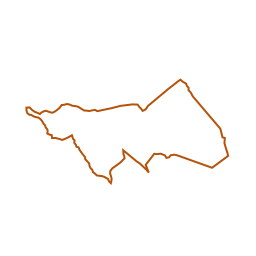 outline of Pilar, Alagoas, Brazil, rotated 11°
{"feature_id": "56859067B89686736514526", "entity_name": "Pilar", "entity_type": "district", "adm_level": 2, "iso_a3": "BRA", "parent_name": "Brazil", "parent_adm1": "Alagoas", "projection": "orthographic", "projection_center": [-36.057, -9.614], "detail": "fine", "context": "isolated", "style": "outline", "palette": "amber", "viewbox_px": 256, "rotation_deg": 11, "n_neighbors": 0, "source": "geoboundaries", "source_scale": "gbopen_adm2", "svg_char_len": 1751}
<svg xmlns="http://www.w3.org/2000/svg" viewBox="0 0 256 256"><g transform="rotate(11 128 128)"><path d="M24.4,127.4L25.0,130.2L26.4,132.7L28.7,133.8L30.6,133.7L34.0,134.8L37.7,134.9L40.3,135.9L42.6,137.8L44.0,139.7L46.1,141.2L47.0,143.0L49.2,144.9L49.8,146.8L49.8,148.8L52.2,149.5L54.4,149.5L55.4,152.4L58.7,151.6L62.5,151.9L65.8,152.2L68.8,150.3L71.5,148.3L74.3,145.8L76.1,149.1L77.9,150.3L78.1,152.8L79.9,154.3L80.9,156.2L83.3,156.5L84.5,158.6L87.0,161.0L89.7,163.4L91.4,164.8L92.0,166.8L94.5,168.6L96.6,170.1L97.6,172.9L99.0,174.6L101.0,175.9L102.0,178.0L104.4,179.1L106.4,180.5L108.8,180.4L111.5,180.2L114.3,180.5L116.1,181.3L118.0,181.7L119.7,184.1L121.7,185.4L121.8,182.8L121.5,180.7L120.4,178.4L119.1,176.1L118.8,173.7L120.2,170.7L122.3,168.5L123.8,166.9L125.7,164.9L127.3,163.0L130.4,158.4L129.7,156.4L128.5,154.4L127.6,150.8L143.4,159.4L146.3,160.5L154.3,165.6L156.9,167.8L152.4,160.8L158.7,148.3L161.3,148.1L165.0,147.0L169.4,147.8L171.5,150.0L173.9,148.9L175.2,146.6L178.4,145.4L181.3,145.4L218.1,151.0L231.6,136.3L230.3,133.4L228.0,129.2L225.6,124.6L224.9,119.3L222.6,119.2L218.8,111.1L185.7,84.7L182.8,81.2L180.2,79.3L179.8,76.9L177.7,75.4L176.6,73.4L174.4,72.6L172.6,72.0L170.3,70.6L168.7,72.1L159.4,82.8L157.5,85.2L143.4,102.5L142.3,105.2L141.2,106.9L139.1,108.4L137.0,106.4L135.1,105.2L133.0,103.2L127.8,104.0L116.4,107.7L108.9,111.3L94.7,117.3L92.3,116.6L89.9,117.3L86.9,118.7L84.6,118.8L81.7,119.2L78.4,118.0L75.2,116.7L71.9,116.5L69.2,116.8L66.3,116.1L63.5,116.1L60.6,117.5L58.5,118.1L57.5,120.3L56.3,122.3L54.6,124.2L52.8,126.0L51.0,127.4L48.4,127.4L46.5,127.1L44.3,126.7L42.1,127.7L40.1,129.3L38.9,131.1L36.5,130.4L33.5,130.0L31.7,129.2L29.9,128.3L27.5,126.6L24.4,127.4Z" fill="none" stroke="#b45309" stroke-width="2"/></g></svg>